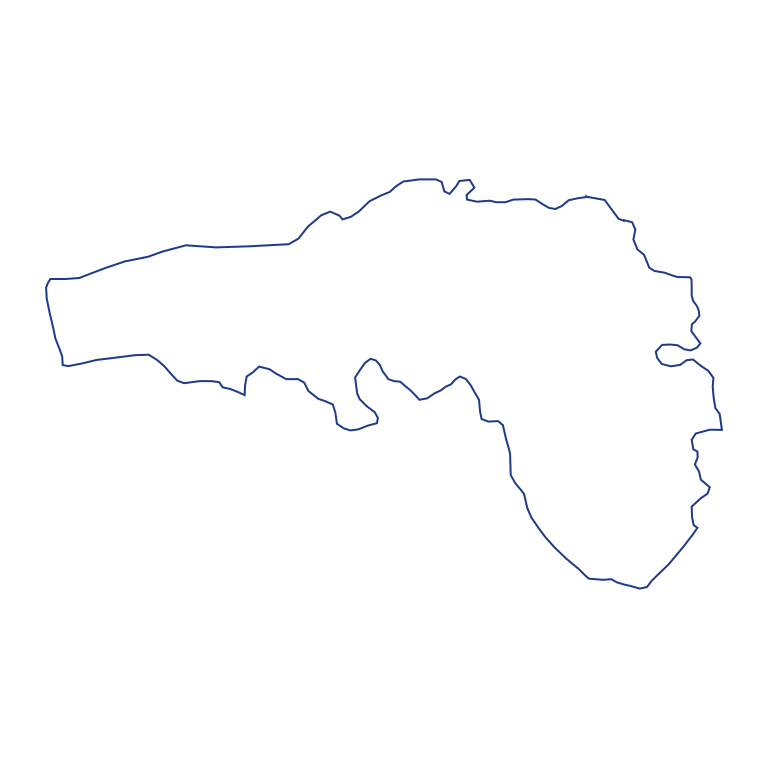 Berg, Jämtland, Sweden (Mercator projection)
{"feature_id": "70781695B75500523526502", "entity_name": "Berg", "entity_type": "district", "adm_level": 2, "iso_a3": "SWE", "parent_name": "Sweden", "parent_adm1": "Jämtland", "projection": "mercator", "projection_center": [13.824, 62.694], "detail": "fine", "context": "isolated", "style": "outline", "palette": "blue", "viewbox_px": 768, "rotation_deg": 0, "n_neighbors": 0, "source": "geoboundaries", "source_scale": "gbopen_adm2", "svg_char_len": 2906}
<svg xmlns="http://www.w3.org/2000/svg" viewBox="0 0 768 768"><path d="M50.3,279.0L47.7,283.4L46.1,287.6L46.7,298.5L49.6,312.7L53.2,327.8L55.4,338.5L59.3,348.4L62.2,356.5L62.7,365.1L68.3,366.1L81.8,363.5L96.8,359.9L110.3,358.3L134.7,355.2L148.7,354.7L157.0,359.9L164.2,366.1L171.0,373.9L177.2,380.6L184.0,383.2L200.0,381.1L211.4,381.1L219.2,382.2L222.8,387.4L230.1,388.9L237.9,392.0L244.6,395.1L245.1,385.3L246.7,376.5L252.9,372.3L259.1,366.6L269.5,369.2L275.7,373.4L286.1,379.1L298.0,379.1L304.3,382.7L308.4,391.0L318.3,398.8L324.5,400.9L332.8,404.5L335.4,412.8L336.9,423.7L343.7,428.3L350.4,430.4L358.2,429.4L367.5,425.7L376.9,423.2L377.9,418.0L374.8,412.3L366.5,406.0L359.8,399.3L357.2,393.6L355.1,377.5L359.8,370.3L364.9,363.0L370.6,358.8L375.8,360.4L380.0,365.1L382.6,371.3L385.7,375.4L388.3,379.1L394.0,381.1L400.2,381.7L404.9,385.8L410.1,390.0L414.7,394.6L419.4,399.8L427.2,398.3L434.9,393.1L440.7,390.5L445.3,386.9L451.0,384.3L455.2,379.6L459.8,376.5L466.1,379.1L470.7,385.3L475.4,393.6L479.0,399.8L480.1,411.7L481.6,419.0L488.4,421.6L498.2,421.1L502.9,425.2L506.0,438.7L508.1,446.0L510.1,453.7L510.7,475.0L515.3,483.3L521.0,490.0L524.1,494.2L527.3,508.2L531.4,517.5L538.1,527.4L545.4,537.2L554.7,547.6L566.7,559.0L578.6,568.9L585.3,575.6L589.0,578.7L603.0,579.8L611.3,579.2L617.0,582.4L623.7,584.4L630.5,586.0L639.8,588.6L647.0,587.0L651.7,580.8L658.5,574.1L668.8,564.2L683.9,546.1L692.7,534.6L697.4,527.8L693.6,525.0L692.0,516.7L691.7,506.6L700.6,498.4L707.6,493.6L709.8,487.3L705.3,483.5L700.9,479.7L699.0,471.5L694.9,464.5L697.7,457.2L697.4,451.5L693.3,449.3L691.7,439.8L695.8,433.5L709.8,429.7L721.9,429.9L719.7,414.0L715.4,408.1L713.6,397.4L712.7,386.7L713.4,377.8L708.3,370.8L700.6,365.7L693.0,359.5L686.6,360.2L680.2,364.9L670.9,366.3L661.8,364.0L657.1,357.8L655.8,351.7L662.2,344.9L670.3,344.5L677.7,345.3L684.3,349.3L690.7,350.4L697.0,347.6L700.4,343.4L696.6,338.3L691.3,331.1L691.9,324.3L695.1,321.5L699.4,315.8L698.7,310.3L697.0,306.2L693.2,300.9L691.7,295.8L691.7,285.8L691.5,279.5L690.4,277.6L690.2,277.3L677.5,277.0L671.9,275.3L664.3,272.6L654.6,271.0L649.3,267.7L644.0,254.7L637.4,249.4L633.4,239.5L635.4,229.5L632.1,222.2L622.8,219.9L622.7,219.8L623.0,220.5L618.4,218.6L606.1,201.9L604.7,200.0L587.0,196.8L586.4,196.4L586.4,197.1L578.6,198.1L568.7,200.2L562.0,205.9L555.3,209.0L549.0,207.9L542.8,204.3L535.6,199.6L528.8,199.1L513.3,199.6L505.5,202.2L496.1,202.2L489.9,200.7L477.0,201.7L467.1,199.6L466.6,195.0L474.4,187.7L469.7,179.9L459.3,181.0L456.2,186.2L449.5,193.9L444.3,191.3L441.7,182.0L436.0,179.4L419.4,179.4L404.8,181.3L403.3,181.5L396.1,186.2L389.8,191.9L381.0,195.5L369.6,201.2L358.7,211.6L350.9,216.8L342.6,219.4L339.5,215.7L330.2,211.6L321.4,215.2L307.9,226.6L298.6,238.5L288.7,244.2L249.3,246.3L216.1,247.4L186.0,245.3L162.7,251.5L148.2,256.7L124.8,261.4L105.1,268.1L90.1,273.8L79.2,278.0L65.7,279.0L50.3,279.0Z" fill="none" stroke="#1e3a8a" stroke-width="2"/></svg>